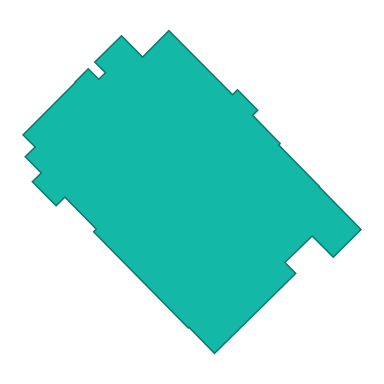 Carlos Tejedor, Buenos Aires, Argentina
{"feature_id": "61730980B61876831945092", "entity_name": "Carlos Tejedor", "entity_type": "district", "adm_level": 2, "iso_a3": "ARG", "parent_name": "Argentina", "parent_adm1": "Buenos Aires", "projection": "orthographic", "projection_center": [-62.467, -35.397], "detail": "fine", "context": "isolated", "style": "filled", "palette": "teal", "viewbox_px": 384, "rotation_deg": 0, "n_neighbors": 0, "source": "geoboundaries", "source_scale": "gbopen_adm2", "svg_char_len": 539}
<svg xmlns="http://www.w3.org/2000/svg" viewBox="0 0 384 384"><path d="M214.5,353.4L295.7,273.4L284.9,262.4L312.2,236.0L333.3,257.2L361.0,229.6L319.2,186.9L319.5,186.6L278.7,145.0L280.1,143.6L252.6,115.3L257.7,110.3L237.5,89.8L232.5,94.7L168.9,30.6L142.6,57.1L121.5,35.8L94.8,62.1L105.5,72.7L98.7,79.3L88.2,68.8L75.2,81.9L75.5,82.3L23.0,134.9L35.2,147.0L25.2,156.7L41.3,173.0L32.3,181.7L56.1,205.8L64.9,197.1L96.3,229.1L93.6,231.8L117.5,256.1L188.3,328.0L189.0,327.3L214.5,353.4Z" fill="#14b8a6" stroke="#0f766e" stroke-width="1.5"/></svg>